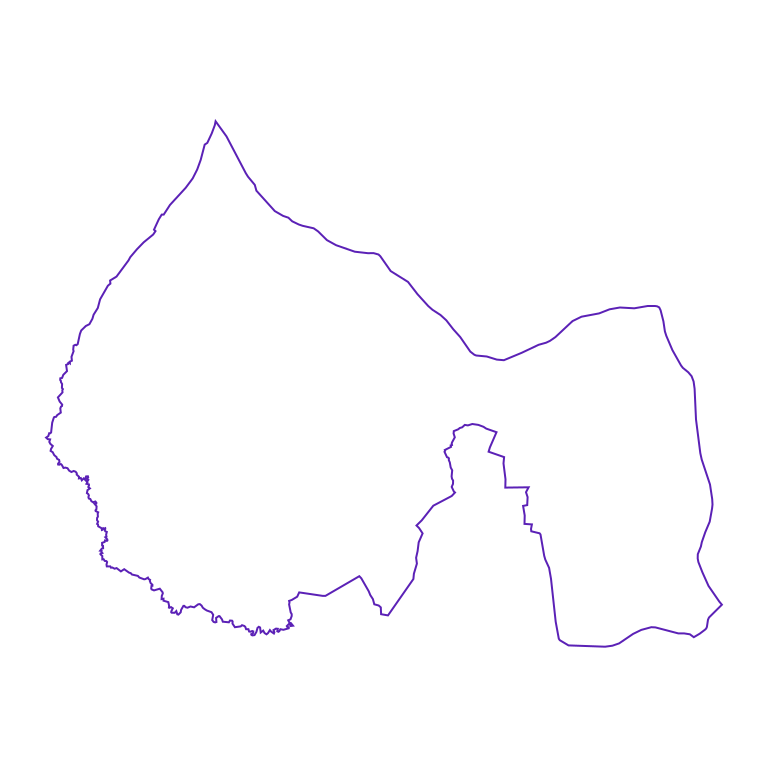 Prachaksinlapakhom, Udon Thani, Thailand (Robinson projection)
{"feature_id": "78962969B6434448964303", "entity_name": "Prachaksinlapakhom", "entity_type": "district", "adm_level": 2, "iso_a3": "THA", "parent_name": "Thailand", "parent_adm1": "Udon Thani", "projection": "robinson", "projection_center": [102.94, 17.257], "detail": "fine", "context": "isolated", "style": "outline", "palette": "violet", "viewbox_px": 768, "rotation_deg": 0, "n_neighbors": 0, "source": "geoboundaries", "source_scale": "gbopen_adm2", "svg_char_len": 6005}
<svg xmlns="http://www.w3.org/2000/svg" viewBox="0 0 768 768"><path d="M705.3,532.1L709.7,521.7L712.1,508.3L712.5,504.5L712.2,499.1L710.0,484.5L701.7,459.5L700.3,453.1L696.0,419.4L694.6,388.8L693.6,381.5L691.6,376.2L688.3,372.3L682.8,367.8L681.0,365.4L672.4,350.1L666.3,335.8L664.9,331.4L663.4,321.3L660.6,310.3L659.2,307.4L657.1,306.3L655.0,306.0L647.7,306.0L634.3,308.3L619.9,307.5L609.6,309.3L599.1,313.4L581.5,316.7L572.5,321.1L555.4,337.1L549.9,340.9L546.1,342.7L538.6,344.8L521.7,352.8L503.9,360.2L496.8,359.6L486.8,356.5L476.2,355.5L474.4,354.8L470.3,351.6L460.2,337.0L453.3,329.3L446.3,320.3L440.5,315.0L432.5,309.8L428.2,306.0L417.5,294.2L408.0,281.9L390.7,271.1L380.3,256.2L378.5,254.5L373.5,253.1L368.0,253.2L354.8,251.7L336.1,245.2L326.9,240.1L318.1,231.4L313.7,228.3L302.6,225.8L298.8,224.5L292.2,221.3L288.4,217.7L283.1,215.9L274.8,211.1L256.4,190.7L254.8,184.9L248.0,176.7L245.8,173.2L226.5,136.4L215.6,121.3L214.8,125.2L211.7,133.5L207.3,142.9L204.7,144.6L200.7,159.9L197.2,169.5L192.7,178.4L185.7,187.8L170.0,204.9L163.7,214.6L161.7,214.6L158.8,219.3L154.0,229.7L155.5,231.1L153.2,234.5L143.7,242.3L137.0,249.2L130.3,257.1L128.5,260.4L116.5,276.6L110.1,280.5L110.4,283.6L107.9,285.7L100.1,299.3L97.8,308.0L93.6,314.7L92.4,318.8L89.4,324.2L85.8,326.0L81.2,330.5L79.9,334.0L77.7,344.1L76.4,345.2L75.3,344.8L73.6,345.7L73.2,349.7L73.6,351.1L71.5,356.8L71.9,360.7L69.9,361.6L69.9,363.3L68.9,362.5L68.1,363.1L68.1,364.0L66.1,364.9L67.0,371.1L63.3,374.8L62.1,377.9L60.3,378.3L60.2,380.0L60.8,380.7L61.0,382.2L62.1,384.0L61.9,387.9L62.9,389.1L62.3,390.2L62.5,392.4L57.9,397.4L59.7,401.6L62.2,404.6L62.0,406.0L61.0,406.6L60.3,408.4L60.8,412.6L57.2,415.1L56.1,416.8L54.3,417.0L53.7,418.0L52.2,422.7L51.1,432.5L50.2,433.3L49.2,433.2L48.3,436.1L46.1,437.6L47.7,439.1L50.1,439.4L49.3,441.9L50.3,443.8L52.8,446.0L51.0,449.0L50.6,450.9L52.7,452.2L54.2,455.1L56.5,457.1L57.0,458.7L59.1,459.9L59.5,461.9L58.1,463.6L58.1,464.5L59.3,464.7L60.8,464.0L61.8,464.9L63.5,468.0L65.3,467.6L67.5,468.2L69.1,470.6L71.4,472.0L73.7,471.0L75.6,471.7L76.8,473.3L76.7,474.6L79.0,476.7L78.9,478.4L80.8,478.0L81.8,480.3L83.7,478.4L84.9,479.6L86.1,476.4L87.9,476.3L88.2,477.4L87.0,479.1L88.3,479.9L87.7,480.8L86.2,480.9L87.4,482.4L86.5,483.8L88.9,484.4L89.0,485.4L88.3,487.0L89.9,488.4L87.5,490.1L86.9,493.1L88.2,494.0L88.9,495.4L88.4,497.1L88.8,498.5L90.3,499.0L91.4,501.2L93.0,502.2L95.4,501.5L96.4,502.8L96.3,503.5L94.6,503.9L96.6,506.3L96.4,509.2L95.5,510.3L95.7,511.1L98.2,512.3L97.7,513.7L97.9,516.7L97.1,517.9L97.0,520.1L98.1,521.7L97.1,523.9L98.0,524.5L98.2,526.3L101.7,528.3L101.9,530.0L102.5,529.8L103.3,528.2L104.2,528.6L105.2,528.2L105.3,528.9L104.7,530.0L105.3,531.3L106.8,531.9L106.1,534.8L106.5,536.6L105.3,537.2L107.3,539.4L107.4,540.5L106.9,540.9L105.0,540.4L104.6,542.0L102.1,542.8L102.1,545.5L103.0,545.8L103.1,548.3L101.8,548.6L100.2,550.7L101.6,550.9L101.5,552.1L102.3,553.0L100.5,553.6L100.4,554.2L102.3,556.0L102.3,559.4L103.6,559.2L104.7,560.9L106.4,561.1L107.1,562.0L106.5,564.6L106.8,566.4L110.3,566.4L111.0,567.7L112.3,567.5L114.6,568.7L116.6,568.1L120.9,571.4L124.2,569.2L129.0,572.6L130.8,573.2L131.9,574.5L137.9,575.9L139.3,577.5L144.1,579.3L145.4,579.1L147.9,577.6L148.5,578.9L150.1,579.9L149.8,580.9L150.7,583.2L152.4,584.7L152.4,585.8L151.5,585.9L151.2,588.4L151.6,589.4L154.0,590.4L159.8,588.7L162.6,592.3L162.8,593.4L161.8,595.9L161.6,599.1L163.5,598.7L163.5,600.7L168.3,602.1L169.1,605.8L168.9,607.6L169.5,607.8L171.0,607.1L172.8,608.3L171.3,611.3L171.2,612.2L171.6,612.7L174.7,612.8L176.3,611.1L177.3,614.3L178.4,614.6L180.7,612.3L181.1,609.9L183.4,605.9L184.4,605.9L185.5,607.2L187.5,607.7L190.5,606.5L194.1,607.3L198.2,604.3L199.8,604.1L201.6,605.6L202.8,607.7L204.7,609.2L206.8,610.5L211.5,612.2L213.2,614.8L212.2,620.1L213.6,621.9L215.1,622.4L216.4,622.0L216.1,617.9L218.7,616.1L219.5,616.1L222.0,619.4L222.8,621.7L228.9,622.3L230.0,620.5L232.1,620.7L232.6,621.4L232.5,623.6L234.9,627.2L240.7,626.4L242.0,625.2L244.4,626.0L245.3,626.9L246.1,629.2L248.4,629.2L249.1,631.5L250.3,631.7L252.2,631.0L253.3,631.4L253.1,633.0L251.2,634.2L251.5,635.0L252.4,635.4L254.5,635.1L256.4,631.9L257.5,627.9L258.8,626.8L260.1,627.5L260.7,632.5L263.2,630.6L264.6,633.1L266.5,634.3L268.0,633.1L269.9,630.1L271.0,631.5L273.9,633.5L274.4,632.3L273.5,630.1L276.0,628.6L277.8,628.8L277.3,631.3L278.4,631.8L279.3,631.2L280.4,629.2L283.4,629.8L288.7,628.3L288.8,627.3L287.1,626.7L286.8,626.1L288.9,624.0L289.7,624.2L290.7,626.0L293.0,625.7L290.8,623.0L289.4,622.6L288.2,620.3L290.5,619.3L291.7,616.0L291.7,614.1L290.7,612.4L289.1,604.4L289.5,602.6L289.1,600.9L291.7,600.0L297.2,596.7L299.2,592.4L322.9,595.9L325.4,595.9L359.3,576.2L361.3,578.3L368.7,591.2L370.3,595.1L372.9,599.1L374.3,604.3L378.7,605.5L380.8,607.4L381.1,614.2L388.0,615.4L413.4,579.0L413.9,573.7L416.9,563.6L416.1,557.8L417.6,551.1L418.7,542.3L422.6,533.4L419.1,528.1L416.5,525.5L421.7,520.4L433.3,505.7L451.7,496.0L455.0,492.5L453.9,491.6L451.7,486.9L453.0,483.9L453.1,480.6L452.0,478.7L451.6,476.4L452.2,470.3L450.7,467.5L449.8,462.4L448.8,460.1L448.9,458.4L448.4,457.7L447.0,457.2L444.5,451.8L445.1,450.8L444.8,450.0L451.0,446.9L450.7,445.4L452.0,445.0L451.7,443.4L452.1,442.3L454.8,437.3L453.6,433.5L453.8,431.1L458.2,429.3L459.8,428.0L462.2,427.3L464.8,424.9L467.9,425.4L472.3,424.0L478.4,424.9L483.5,426.8L486.2,428.6L496.5,432.2L489.9,447.4L488.6,451.7L504.1,457.1L503.5,463.4L505.5,479.3L505.3,487.6L528.6,487.3L526.0,492.2L527.6,497.1L527.2,505.1L523.1,505.9L524.7,515.5L524.5,523.9L531.9,524.4L531.0,529.0L531.3,531.3L539.6,533.3L540.5,534.5L544.2,555.8L545.3,559.6L549.1,567.9L549.7,571.4L551.0,578.8L555.7,621.8L558.8,638.7L559.8,640.2L568.5,645.4L605.1,646.7L612.4,645.7L619.1,643.4L633.1,633.9L641.3,629.9L651.3,627.2L655.4,627.4L678.3,633.4L684.1,633.4L689.9,634.3L693.8,637.2L699.7,633.7L705.0,629.7L706.2,628.5L706.9,626.9L708.0,619.7L709.0,617.5L721.9,604.7L719.3,601.6L708.5,585.9L702.4,572.3L698.4,562.1L697.7,558.5L697.8,554.2L700.9,546.5L701.8,542.2L705.3,532.1Z" fill="none" stroke="#5b21b6" stroke-width="2"/></svg>